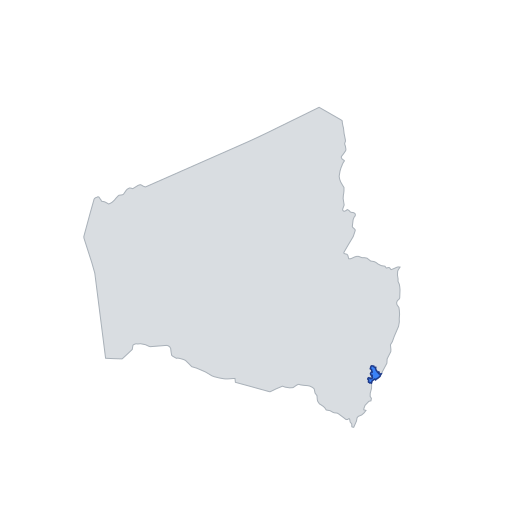 Béjaïa on a map of Algeria (Natural Earth projection), rotated 118°
{"feature_id": "DZA-2208", "entity_name": "Béjaïa", "entity_type": "Province", "adm_level": 1, "iso_a3": "DZA", "parent_name": "Algeria", "parent_adm1": "", "projection": "natural_earth1", "projection_center": [4.914, 36.56], "detail": "fine", "context": "in_parent", "style": "filled", "palette": "blue", "viewbox_px": 512, "rotation_deg": 118, "n_neighbors": 0, "source": "natural_earth", "source_scale": "10m", "svg_char_len": 5490}
<svg xmlns="http://www.w3.org/2000/svg" viewBox="0 0 512 512"><g transform="rotate(118 256 256)"><path d="M361.4,89.3L361.7,90.3L361.8,91.2L360.3,92.1L359.4,92.6L358.3,95.0L356.2,96.6L355.9,97.1L355.9,97.6L357.3,98.3L357.8,99.0L358.1,99.9L357.5,103.3L356.6,109.2L356.6,110.5L357.2,112.1L357.7,113.3L357.9,114.6L357.8,118.0L358.4,119.9L359.0,121.7L357.8,123.9L357.2,125.9L356.9,128.7L356.8,130.5L356.0,132.1L355.0,133.7L353.8,134.6L352.4,135.5L350.7,136.6L349.3,139.5L346.4,141.9L345.8,142.7L345.5,144.7L345.6,147.4L346.2,149.5L347.6,152.7L348.9,156.2L349.2,157.9L349.7,158.6L351.5,159.8L354.5,161.3L355.1,161.9L356.6,164.4L358.1,168.7L358.5,171.5L363.9,175.9L369.1,179.7L369.5,180.4L372.4,193.5L373.4,198.1L377.2,214.9L375.7,215.9L374.0,217.1L375.3,219.3L377.7,223.1L379.2,226.0L379.7,227.4L380.9,231.1L381.8,234.7L382.1,235.8L382.5,238.6L382.1,246.2L382.9,255.9L383.9,260.8L382.5,265.1L381.3,269.3L381.4,271.4L382.1,274.7L382.8,277.1L383.7,278.3L383.6,282.4L383.2,283.9L380.5,286.0L377.6,288.0L376.7,289.6L376.5,291.5L376.9,293.0L385.7,306.8L386.0,308.2L386.2,312.0L387.7,316.9L389.2,319.1L389.8,320.7L390.9,321.8L392.0,322.6L392.7,322.7L396.6,321.4L403.2,323.6L409.5,325.8L409.9,326.3L413.6,333.8L416.9,340.8L346.8,390.3L339.0,397.8L320.9,416.4L319.5,417.2L295.4,422.7L282.9,425.4L282.3,425.6L281.6,425.6L281.1,425.6L280.0,425.1L278.8,424.0L277.9,423.4L277.7,422.5L278.2,421.4L278.8,420.3L279.1,419.5L279.5,418.9L280.0,418.4L280.1,417.7L279.6,416.5L279.2,414.9L279.2,411.9L279.3,410.6L278.1,409.5L275.9,408.2L273.9,407.5L273.0,407.2L270.8,406.8L267.8,406.0L266.7,405.5L264.7,402.7L263.7,402.0L259.2,401.5L257.6,401.1L256.4,400.4L255.3,399.6L254.7,398.1L254.6,396.8L254.2,396.3L249.1,393.3L247.9,392.3L247.2,391.3L247.2,390.0L247.3,388.3L247.1,386.8L246.9,386.0L158.9,316.7L154.2,313.1L143.5,305.1L95.1,270.1L95.9,245.1L96.0,243.8L96.3,243.3L97.9,242.3L100.5,240.2L101.4,239.3L102.6,238.4L106.8,235.5L107.7,234.7L111.8,231.4L112.7,230.9L114.9,230.6L115.8,230.0L117.0,228.7L118.9,227.2L120.0,226.5L120.3,226.4L121.0,226.3L124.7,226.7L126.3,227.0L128.1,227.3L128.7,227.1L129.2,226.7L129.9,225.6L130.1,224.4L130.2,223.3L130.3,222.8L130.6,222.6L131.4,222.7L132.5,222.8L134.7,222.8L135.5,222.6L138.0,222.4L141.5,221.7L146.6,220.0L149.0,218.1L150.8,216.1L152.7,213.1L154.2,210.5L157.2,208.9L159.7,207.9L161.1,207.5L164.3,206.1L169.6,202.1L173.9,201.5L174.5,201.2L175.1,200.5L175.2,199.2L174.4,198.4L173.6,197.9L173.0,197.4L172.3,197.4L172.0,196.8L172.2,195.7L172.3,194.7L172.8,193.7L172.7,192.3L172.1,190.9L171.9,189.9L172.0,188.9L172.3,188.1L173.2,187.5L174.3,187.3L175.7,187.6L178.3,187.3L184.8,184.8L185.3,184.1L185.7,182.4L186.2,180.9L186.9,180.4L187.2,180.3L192.5,179.4L193.6,179.3L203.3,179.8L211.6,180.1L212.3,179.7L212.3,178.6L211.8,176.6L212.2,175.4L213.4,174.2L214.9,172.9L214.2,171.4L213.0,170.3L211.4,169.1L210.6,168.5L209.1,167.0L208.2,165.3L207.7,161.6L206.6,159.5L205.8,157.0L206.6,152.4L205.6,149.5L205.4,148.3L205.4,146.9L205.8,144.4L205.7,140.9L204.5,137.4L205.1,136.1L205.4,135.5L205.3,135.0L204.1,133.8L203.7,132.9L203.9,132.0L204.6,130.7L204.5,130.2L202.7,128.6L199.5,126.1L198.7,125.0L198.2,123.6L201.3,123.9L202.9,123.8L206.5,122.1L209.5,119.8L211.7,118.7L213.7,116.2L215.6,114.7L218.2,113.0L225.6,109.4L226.8,109.4L229.2,110.2L231.3,109.9L232.8,108.7L234.4,105.6L236.9,103.8L240.0,101.9L244.1,100.1L246.9,98.5L251.2,97.1L262.0,96.2L267.6,95.4L271.3,95.6L275.2,93.0L277.1,92.1L285.3,91.9L289.2,90.1L303.9,90.1L305.7,90.7L307.5,91.7L310.5,94.2L312.0,94.7L314.0,94.2L318.5,91.9L323.6,90.7L326.4,89.3L327.5,87.3L329.9,86.5L331.3,88.1L336.6,89.6L339.8,89.2L341.2,88.7L340.7,86.4L344.1,87.0L346.8,88.1L349.6,90.4L351.4,90.8L354.6,89.8L361.4,89.3Z" fill="#d9dde1" stroke="#a8b0b8" stroke-width="1"/><path d="M301.4,90.1L301.9,90.1L303.0,90.2L304.1,90.0L304.4,90.1L306.8,91.1L307.1,91.4L307.2,91.5L307.4,91.5L307.6,91.5L307.8,91.7L308.0,91.9L308.3,92.1L308.6,92.2L308.9,92.2L309.2,92.2L308.9,93.1L308.9,93.4L309.4,93.7L311.1,94.6L311.6,94.8L312.2,94.8L313.2,94.6L314.0,94.4L314.0,94.5L314.1,95.0L314.0,95.3L314.5,95.6L314.7,95.8L314.5,96.1L314.5,96.3L314.4,96.6L314.5,96.7L314.5,96.9L314.5,97.0L314.6,97.3L314.5,97.5L314.4,97.5L314.0,97.8L313.7,98.0L313.2,98.1L312.7,98.3L312.4,98.5L312.3,98.9L312.3,99.1L312.3,99.4L312.2,99.5L311.8,99.7L311.4,99.7L310.9,99.6L310.7,99.5L310.4,99.2L310.5,98.6L310.5,98.4L310.5,98.2L310.3,98.0L310.1,97.7L310.3,97.4L310.4,97.2L310.5,97.1L310.5,96.9L310.4,96.8L310.0,96.5L309.7,96.2L309.1,96.0L308.9,96.0L308.7,96.1L308.6,96.3L308.5,96.5L308.4,96.9L308.3,97.0L308.0,97.0L307.8,97.0L307.7,96.9L306.9,97.3L306.8,97.5L307.3,97.9L307.4,98.0L307.3,98.3L307.0,98.4L306.9,98.6L306.8,98.8L306.8,99.0L306.7,99.2L306.6,99.3L306.4,99.5L306.2,99.7L305.9,99.7L305.6,99.8L304.6,99.7L304.3,99.1L304.2,98.9L303.9,98.9L303.6,99.1L303.2,99.8L303.0,100.0L302.7,100.1L302.2,100.4L302.1,100.5L302.0,101.2L302.0,101.5L302.0,101.9L302.0,102.1L301.9,102.2L301.0,102.3L300.4,102.5L300.2,102.6L299.2,102.6L298.9,102.6L298.7,102.4L298.4,101.8L298.2,100.8L297.9,100.4L298.0,100.3L298.2,100.2L298.4,100.1L298.5,100.0L298.5,99.8L298.5,99.5L298.5,99.3L298.5,99.1L298.6,98.8L298.6,98.7L298.2,98.3L298.1,98.0L298.9,97.7L299.2,97.5L299.3,97.5L299.4,97.4L300.5,96.2L300.6,95.9L300.8,95.4L301.4,94.4L301.5,94.2L301.6,93.9L301.4,93.7L301.2,93.6L300.9,93.5L300.8,93.4L300.7,93.3L300.7,93.1L300.7,92.9L300.9,92.7L301.0,92.6L301.4,92.6L301.8,92.8L302.1,92.7L302.3,92.1L302.3,91.9L302.2,91.6L301.6,90.7L301.5,90.2L301.4,90.1Z" fill="#3b82f6" stroke="#1e3a8a" stroke-width="1.5"/></g></svg>